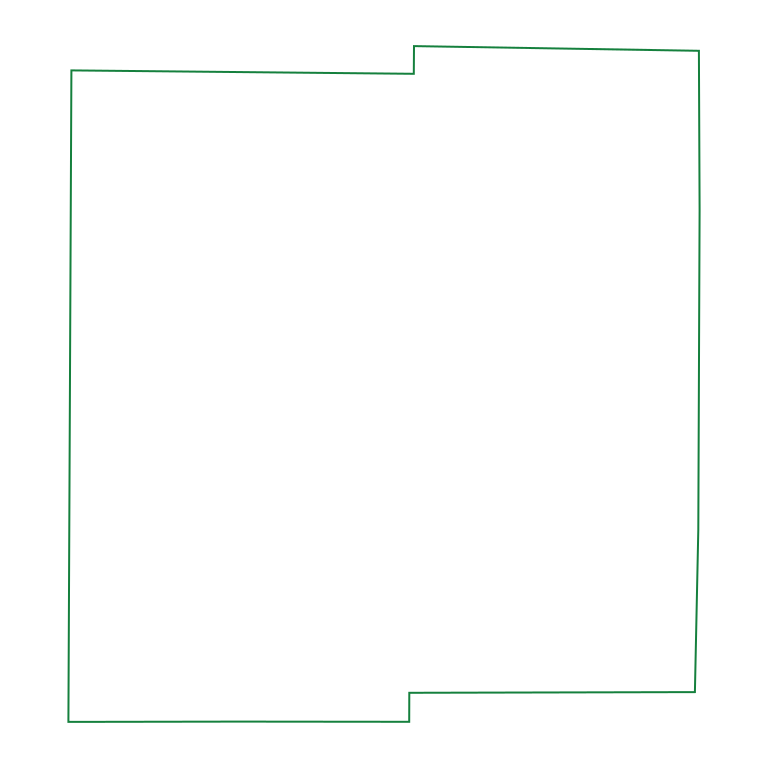 the district of Midland, Michigan, United States of America
{"feature_id": "52423323B20736301303757", "entity_name": "Midland", "entity_type": "district", "adm_level": 2, "iso_a3": "USA", "parent_name": "United States of America", "parent_adm1": "Michigan", "projection": "equal_earth", "projection_center": [-84.371, 43.647], "detail": "fine", "context": "isolated", "style": "outline", "palette": "green", "viewbox_px": 768, "rotation_deg": 0, "n_neighbors": 0, "source": "geoboundaries", "source_scale": "gbopen_adm2", "svg_char_len": 264}
<svg xmlns="http://www.w3.org/2000/svg" viewBox="0 0 768 768"><path d="M68.4,721.9L238.8,721.6L409.2,721.8L409.3,692.8L694.9,692.1L698.3,529.8L699.6,210.1L698.9,50.8L414.0,46.1L413.8,73.8L71.4,70.4L68.4,721.9Z" fill="none" stroke="#15803d" stroke-width="2"/></svg>